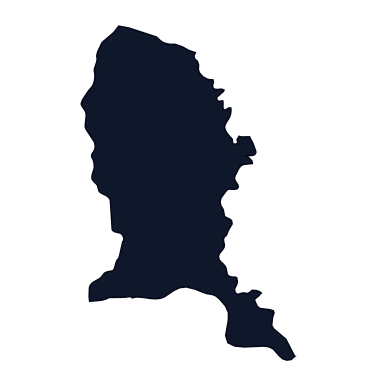 an SVG outline of Río Negro, rotated 276°
{"feature_id": "URY-9", "entity_name": "Río Negro", "entity_type": "Department", "adm_level": 1, "iso_a3": "URY", "parent_name": "Uruguay", "parent_adm1": "", "projection": "equal_earth", "projection_center": [-57.526, -32.894], "detail": "fine", "context": "isolated", "style": "filled", "palette": "ink", "viewbox_px": 384, "rotation_deg": 276, "n_neighbors": 0, "source": "natural_earth", "source_scale": "10m", "svg_char_len": 3501}
<svg xmlns="http://www.w3.org/2000/svg" viewBox="0 0 384 384"><g transform="rotate(276 192 192)"><path d="M39.3,311.4L35.7,308.0L34.7,303.6L35.7,299.5L38.3,295.9L44.4,289.2L46.1,284.7L46.3,279.6L43.4,260.1L43.3,250.6L45.9,243.4L52.8,240.5L68.5,241.6L75.8,240.9L82.0,237.4L88.3,230.8L91.1,226.7L92.2,223.0L92.5,217.7L93.3,213.7L95.8,205.2L97.0,196.2L95.5,189.5L92.1,184.1L84.8,175.4L83.0,171.7L82.1,167.5L81.8,162.8L82.1,152.7L81.8,147.5L80.5,143.6L81.7,141.9L80.3,136.1L78.4,120.4L76.4,117.2L75.0,113.6L72.6,101.6L77.5,100.6L86.2,100.0L87.6,100.3L89.5,101.2L90.6,102.0L91.4,102.7L92.0,103.5L96.6,109.6L97.3,110.4L98.2,111.0L101.9,113.3L102.6,114.0L103.1,114.9L104.0,116.9L105.1,120.8L105.3,121.3L105.8,122.0L107.1,122.6L109.2,123.2L113.2,123.7L116.7,124.8L118.4,126.1L120.5,126.6L135.3,128.3L136.2,128.9L137.5,129.2L139.0,129.1L141.6,127.7L142.8,126.5L143.6,125.2L144.2,120.7L144.4,119.4L144.9,118.3L145.4,117.3L146.2,116.6L175.7,111.6L177.3,110.3L178.0,109.5L179.2,107.7L179.7,106.7L180.8,103.4L181.1,102.8L181.9,101.0L182.5,100.1L183.3,99.4L184.2,99.0L188.2,97.5L189.0,97.1L190.6,95.4L191.1,94.6L192.5,93.0L194.0,91.6L194.9,91.1L196.6,90.9L198.8,91.0L204.9,92.2L206.5,92.3L210.9,91.5L213.9,90.3L216.4,88.6L217.7,88.4L219.1,88.5L222.8,90.4L224.4,90.9L226.0,91.1L229.1,90.6L230.8,90.0L232.0,89.4L243.1,80.3L245.0,79.3L246.5,78.9L257.3,78.8L259.5,78.3L260.4,77.9L262.2,76.8L265.4,74.1L267.1,73.0L267.9,72.6L269.8,72.9L272.4,73.6L281.6,78.4L287.0,82.1L291.1,83.2L294.8,83.5L298.5,83.2L302.8,82.1L304.6,82.2L311.2,83.6L313.4,83.8L315.0,83.7L317.1,83.1L318.3,83.1L321.3,83.5L330.6,86.7L332.3,87.9L341.6,96.8L343.9,98.5L349.3,101.8L348.5,112.1L343.1,137.2L342.4,140.5L339.0,145.0L337.3,148.4L336.7,152.6L336.6,155.3L337.1,159.8L335.3,167.4L332.4,174.1L330.9,180.8L327.6,179.6L324.6,180.8L322.6,183.6L319.3,185.2L314.3,185.5L311.3,186.9L309.0,189.3L307.5,191.1L305.6,196.0L305.6,197.5L305.7,201.1L303.5,201.9L300.3,201.2L297.4,202.1L296.5,204.2L296.6,206.5L297.4,210.7L296.7,213.2L295.1,212.6L292.3,209.8L291.4,209.2L290.2,207.9L288.8,206.8L287.0,206.7L285.1,208.3L285.0,210.2L285.7,212.0L285.9,213.0L283.5,213.6L279.7,213.8L276.9,214.6L277.2,216.8L279.6,220.2L279.6,221.8L277.5,222.2L273.7,222.2L270.3,221.5L263.5,218.2L260.3,217.5L257.4,218.4L254.3,220.5L251.5,223.2L249.3,225.9L248.0,226.7L245.0,227.2L244.2,228.2L244.1,230.7L245.3,232.0L247.0,232.2L248.7,231.3L252.3,233.0L251.9,235.7L252.8,242.4L252.8,243.7L251.4,244.3L247.1,247.3L239.5,251.0L237.7,251.4L235.7,250.4L234.7,248.0L233.7,242.0L232.0,244.9L229.2,248.3L226.7,249.1L224.8,240.2L222.8,237.5L219.8,235.8L212.9,233.2L211.2,232.8L209.3,233.0L207.3,234.0L203.8,236.9L201.8,237.5L200.0,236.5L199.2,234.3L198.9,231.5L198.9,229.0L198.3,227.3L196.7,225.9L189.3,221.5L185.5,220.9L181.9,221.8L178.6,224.3L177.4,225.0L171.7,226.7L170.6,227.7L168.9,232.6L167.6,234.4L164.4,235.2L157.9,232.2L152.8,230.8L150.4,228.7L148.5,228.2L146.5,228.5L142.9,229.7L140.9,229.8L138.2,228.7L133.5,225.6L130.6,225.0L127.5,226.0L125.5,228.0L123.7,230.5L121.3,233.0L118.8,234.2L113.8,235.6L112.1,237.5L111.5,240.9L111.9,243.6L111.2,245.5L107.4,246.5L104.5,246.1L102.1,245.1L99.7,244.4L96.9,245.3L95.2,246.9L95.1,248.5L96.9,252.9L97.0,254.5L96.9,256.4L96.9,258.2L97.9,259.5L100.0,261.8L100.5,262.1L100.7,265.8L100.0,269.5L98.7,271.5L97.0,269.8L96.1,269.6L93.2,266.6L91.2,265.2L85.5,268.6L83.7,270.6L83.2,272.9L83.1,281.4L82.4,285.2L80.5,286.2L75.7,285.2L67.6,285.2L64.5,287.4L55.4,300.7L39.3,311.3L39.3,311.4Z" fill="#0f172a" stroke="#020617" stroke-width="1.5"/></g></svg>